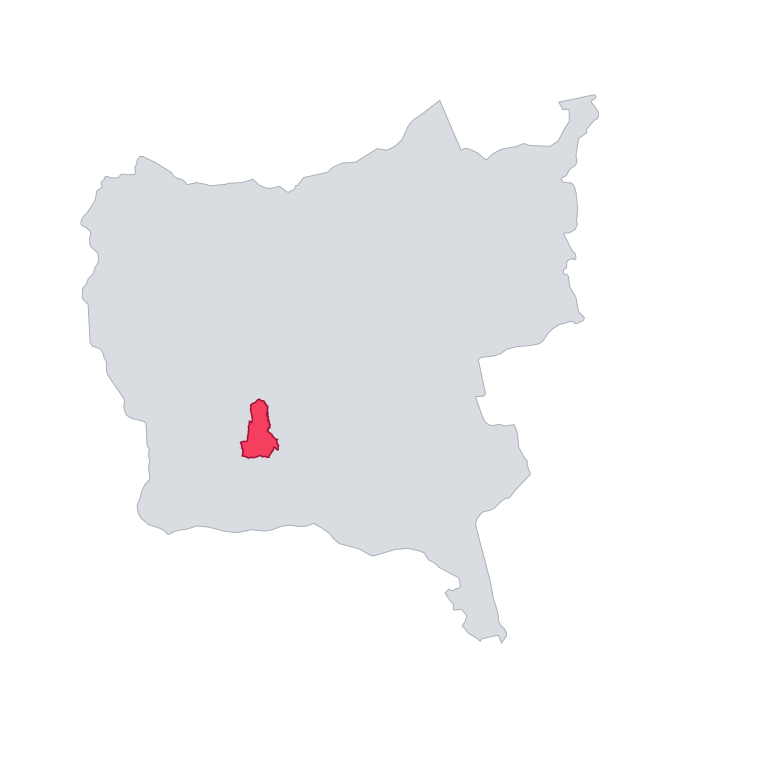 Befale, Équateur, Democratic Republic of the Congo (highlighted), rotated 256°
{"feature_id": "63176286B4133354906354", "entity_name": "Befale", "entity_type": "district", "adm_level": 2, "iso_a3": "COD", "parent_name": "Democratic Republic of the Congo", "parent_adm1": "Équateur", "projection": "orthographic", "projection_center": [21.248, 0.596], "detail": "fine", "context": "in_parent", "style": "filled", "palette": "rose", "viewbox_px": 768, "rotation_deg": 256, "n_neighbors": 0, "source": "geoboundaries", "source_scale": "gbopen_adm2", "svg_char_len": 8801}
<svg xmlns="http://www.w3.org/2000/svg" viewBox="0 0 768 768"><g transform="rotate(256 384 384)"><path d="M645.8,506.7L592.0,515.3L593.0,518.4L592.4,521.6L591.0,524.1L585.4,530.8L577.2,536.9L577.1,538.4L581.0,545.2L583.4,554.6L582.4,571.0L583.4,575.4L583.1,578.9L580.3,582.8L574.4,602.5L577.8,612.0L588.1,620.9L594.0,627.4L604.3,629.8L606.0,629.4L606.8,623.9L615.1,621.8L613.9,656.8L613.3,658.7L611.7,659.2L609.8,658.0L609.3,654.7L607.2,653.3L597.0,657.6L594.4,657.5L591.7,656.8L589.7,655.0L589.2,652.3L582.4,642.2L578.9,641.5L575.2,632.3L559.5,625.6L553.4,625.1L550.2,623.1L547.2,615.8L542.0,611.2L540.9,606.0L539.9,605.3L536.6,606.4L533.6,614.5L530.0,616.4L523.4,616.7L507.0,614.3L495.4,610.1L492.3,610.4L487.6,606.6L485.8,600.3L486.9,595.4L486.1,594.7L468.1,598.8L463.7,601.3L459.6,600.7L458.4,599.3L460.2,596.0L459.4,592.4L458.1,590.7L452.8,589.4L451.1,585.5L447.9,584.9L446.8,585.5L445.9,588.1L444.0,589.0L433.3,587.7L422.0,591.2L407.1,590.2L399.9,594.4L398.9,594.2L397.3,592.2L396.0,585.5L396.7,583.7L399.0,582.4L399.7,579.7L399.0,572.8L399.6,571.1L398.8,567.1L396.6,560.8L393.5,555.6L386.7,547.8L385.5,544.2L385.9,535.4L388.2,521.6L387.9,511.3L385.2,504.6L384.6,497.4L386.4,484.4L384.6,481.3L350.2,480.2L348.8,479.2L348.1,477.4L349.7,469.7L328.7,471.6L322.4,473.1L318.5,476.3L317.2,480.2L317.2,485.9L314.0,491.2L313.1,500.3L307.4,501.4L301.6,501.3L290.4,499.4L279.5,502.0L274.2,504.4L271.4,503.3L261.7,504.2L260.4,503.5L249.1,485.5L244.1,479.5L243.1,476.6L243.5,473.8L242.1,470.1L236.8,460.8L235.8,456.5L236.0,449.7L235.4,447.5L230.6,441.7L227.5,439.7L224.1,438.7L168.0,439.4L149.5,438.3L136.1,439.1L129.2,438.6L127.3,437.7L121.2,438.9L118.0,441.4L113.2,442.6L110.2,442.1L104.3,435.4L112.2,434.2L112.7,433.6L113.1,417.5L111.0,415.2L115.1,412.5L121.8,405.4L128.5,402.9L129.3,401.4L130.8,401.5L133.2,404.5L139.0,408.4L146.1,405.0L146.8,404.0L147.7,397.1L149.4,396.5L152.5,398.0L154.2,398.0L157.3,396.0L166.4,392.6L169.1,397.0L166.6,401.0L167.8,403.8L168.0,408.2L169.5,409.2L176.8,409.7L178.8,408.7L193.0,392.8L196.7,391.0L202.7,384.7L210.7,381.9L214.1,376.9L218.6,368.0L220.7,355.2L219.8,333.0L220.5,330.1L230.0,320.1L240.0,301.9L246.7,297.2L251.7,295.3L259.5,288.6L265.7,282.0L264.9,273.9L266.3,267.3L269.7,258.8L270.8,249.9L269.6,240.4L270.1,232.7L274.7,220.4L275.2,206.2L279.3,194.4L287.6,179.3L291.5,168.1L290.8,157.0L291.9,148.9L291.5,144.1L290.0,140.0L290.8,137.3L293.9,136.3L297.8,132.1L304.8,121.3L312.3,116.0L317.5,114.3L323.0,114.5L326.5,115.4L332.3,119.7L338.9,123.1L343.8,127.3L348.6,133.9L360.4,135.4L365.4,137.8L368.4,138.7L369.6,138.0L372.0,138.4L377.5,140.4L381.9,139.3L403.6,143.6L406.1,141.4L412.1,130.1L416.6,126.2L424.0,125.8L429.8,128.0L432.9,128.0L459.4,118.2L462.8,117.8L472.5,120.1L478.8,118.5L481.3,119.0L486.7,117.3L491.1,110.5L494.8,108.8L532.9,116.2L538.6,112.6L541.4,112.2L549.9,114.8L552.5,118.9L557.6,122.5L561.3,128.4L566.9,131.8L569.8,134.9L573.2,137.1L580.1,137.9L588.8,132.5L595.0,133.0L601.2,136.0L603.3,135.8L608.0,132.7L610.4,129.3L612.8,128.6L616.5,130.1L619.5,133.2L622.2,137.7L631.8,147.9L640.9,152.2L643.3,158.4L646.6,157.8L648.2,158.4L650.7,162.4L652.3,163.2L652.7,164.8L650.4,168.5L648.3,175.6L651.2,180.0L648.9,186.4L647.7,192.9L650.7,194.6L654.5,194.5L658.0,197.9L660.8,198.4L663.7,202.1L663.1,205.1L654.1,215.8L640.6,228.9L636.0,230.5L633.7,232.9L632.0,236.8L628.1,240.0L625.0,241.3L624.8,250.8L620.2,260.7L618.5,262.7L616.0,278.6L616.4,281.4L613.9,294.5L614.3,306.6L607.7,310.4L603.1,316.4L601.1,320.6L601.1,330.5L593.6,336.5L593.1,337.9L594.9,344.8L597.6,346.0L597.7,348.3L603.7,355.8L603.1,378.8L603.4,381.1L606.5,386.5L608.5,396.9L606.1,410.2L614.0,434.4L610.2,443.3L611.8,451.7L616.6,460.6L627.9,469.4L630.9,472.9L633.7,477.8L636.3,485.3L645.8,506.7Z" fill="#d9dde1" stroke="#a8b0b8" stroke-width="1"/><path d="M340.8,254.7L342.1,255.1L342.5,255.5L342.7,256.0L342.8,256.2L343.1,256.4L343.2,256.6L343.3,256.7L343.7,257.0L343.9,257.1L344.8,258.4L345.3,258.6L345.9,259.8L346.7,260.6L347.4,261.0L347.8,261.2L348.3,261.2L348.7,261.5L349.0,261.6L349.1,261.9L349.1,262.2L348.9,262.6L348.8,262.8L348.0,263.2L346.1,264.4L345.8,264.7L345.8,264.9L345.8,265.2L345.8,265.3L346.0,265.6L347.7,265.7L348.7,265.8L348.8,265.9L349.4,266.7L350.5,266.7L351.2,266.5L352.4,266.0L352.6,266.0L352.9,266.2L353.3,266.0L353.7,266.0L354.5,266.1L355.3,266.5L355.7,266.7L356.0,267.1L356.1,266.9L356.3,266.8L356.4,266.5L356.3,266.2L356.2,266.1L356.0,265.8L356.1,265.6L358.1,264.6L359.0,264.1L359.4,264.1L359.7,264.0L360.1,263.4L360.3,263.2L360.5,263.2L360.8,263.1L361.0,263.0L361.3,263.0L362.1,263.1L364.8,261.0L365.5,260.1L365.8,260.0L366.2,259.8L366.4,259.5L366.6,259.5L366.7,259.8L366.8,260.1L367.2,260.4L367.7,260.4L368.0,260.1L368.2,260.3L368.1,260.5L368.3,260.5L368.5,260.5L368.5,260.8L368.3,260.9L368.3,261.0L368.7,261.2L368.8,261.4L369.2,261.4L369.1,261.7L369.4,261.9L369.5,262.1L369.2,262.6L369.4,262.8L369.5,262.8L369.7,262.6L369.9,262.6L370.2,262.8L370.4,262.8L370.3,263.0L370.5,263.1L371.1,263.1L371.3,263.2L371.6,263.2L371.6,263.3L372.0,263.3L372.2,263.1L372.3,263.1L372.4,263.4L372.5,263.6L372.8,263.3L373.0,263.4L373.3,263.3L373.4,263.2L373.8,263.2L374.0,263.2L374.1,263.3L374.6,263.4L374.9,263.2L375.2,263.4L375.3,263.3L375.7,263.4L375.9,263.3L376.1,263.3L376.1,263.1L375.9,262.9L376.0,262.7L376.5,263.1L376.8,263.2L376.9,262.9L377.0,262.7L377.1,262.8L377.1,263.0L377.4,262.9L377.4,263.0L377.5,263.1L377.3,263.3L377.5,263.2L377.8,263.3L377.9,263.6L378.3,263.4L378.8,263.3L378.9,263.2L379.0,263.0L379.3,263.1L379.5,263.0L379.8,263.0L380.0,263.2L380.0,262.9L380.3,262.9L380.5,262.8L380.5,263.2L380.8,263.3L381.3,263.1L381.4,263.3L381.3,263.6L381.7,263.4L381.9,263.4L382.0,263.3L382.3,263.3L382.5,263.0L382.8,263.3L383.0,263.0L383.1,263.4L383.1,263.5L383.3,263.3L383.5,263.5L383.6,263.3L383.8,263.4L383.9,263.8L383.9,264.0L384.0,264.1L384.2,263.7L384.4,263.7L384.6,263.2L384.9,263.2L384.7,263.3L384.5,263.9L384.5,264.1L384.4,264.2L384.6,264.2L384.9,264.5L385.1,264.4L385.4,264.3L385.5,264.2L385.8,264.3L385.8,264.1L386.2,264.2L386.4,264.4L386.6,264.3L386.8,264.4L387.0,264.5L387.4,264.8L387.8,264.8L387.9,265.0L388.6,265.2L388.6,265.3L388.8,265.4L388.9,265.5L389.1,265.5L389.4,265.5L389.7,265.6L390.1,265.6L390.4,265.6L390.5,265.5L390.7,265.4L390.8,265.5L390.9,265.2L391.1,265.1L391.4,264.9L391.6,265.0L391.8,264.8L392.1,264.7L392.4,264.6L392.5,264.7L392.8,264.5L392.9,264.2L393.3,264.1L393.5,264.0L393.6,263.9L393.8,263.9L394.0,264.1L394.3,264.1L394.6,263.9L394.9,263.8L395.0,263.8L395.0,263.6L395.3,263.7L395.5,263.5L395.9,263.3L396.5,263.4L396.8,262.8L396.9,262.4L397.1,262.2L397.3,261.6L397.5,260.6L397.7,260.4L398.3,260.3L399.2,259.8L399.4,258.3L399.2,257.4L397.9,255.7L397.4,254.9L397.3,254.7L396.8,251.5L396.7,251.2L396.2,250.4L396.0,249.7L395.0,249.3L394.6,249.2L394.2,249.2L393.8,249.4L393.4,249.3L392.7,249.1L392.2,248.7L391.9,248.3L390.4,248.3L390.1,248.3L389.7,248.3L389.4,248.3L388.9,248.2L388.6,248.2L388.4,248.1L387.8,248.2L387.1,248.0L386.6,248.2L386.2,248.2L385.9,248.1L385.4,248.2L385.2,248.0L384.9,248.1L384.6,248.1L384.1,248.0L383.7,248.2L383.0,247.7L382.1,247.9L381.6,247.8L379.1,246.7L378.8,246.6L378.5,246.5L378.3,246.3L378.5,246.1L379.4,245.6L379.6,245.3L380.1,245.1L380.3,244.8L380.4,244.3L379.6,244.3L378.8,243.8L378.5,243.7L377.3,243.7L376.8,243.2L376.5,242.9L375.8,242.3L375.2,242.0L374.9,242.0L373.8,242.1L373.6,242.0L373.2,241.6L371.8,241.6L370.5,240.7L369.9,240.6L368.5,240.4L367.9,239.8L366.8,239.5L366.4,239.3L365.5,238.6L365.0,238.9L363.0,238.0L362.3,237.7L361.8,237.3L361.6,236.8L361.6,236.2L361.7,235.7L361.9,235.2L362.3,234.4L362.1,233.9L362.3,233.2L362.1,230.9L361.8,230.6L361.7,230.5L361.3,230.8L361.2,230.8L360.9,230.8L360.7,230.9L360.4,230.9L360.2,231.1L359.8,231.1L359.7,231.0L359.4,230.9L359.0,231.2L358.9,231.1L358.6,230.9L358.5,231.0L358.4,231.0L358.3,230.9L358.1,230.8L357.8,230.9L357.3,230.7L357.0,230.9L356.9,230.9L356.6,230.9L356.5,231.0L356.4,231.1L356.2,231.1L355.9,231.1L355.9,230.9L355.8,231.0L355.5,230.9L355.3,231.2L355.2,231.2L354.8,231.2L354.6,231.0L354.3,230.8L354.1,230.8L353.8,230.8L353.6,230.9L353.3,230.9L353.2,231.1L353.0,230.9L352.6,230.9L352.2,230.8L351.8,230.5L351.6,230.6L351.4,230.4L351.2,230.2L350.8,230.0L350.6,230.2L350.4,230.0L350.2,230.1L349.9,230.0L349.8,229.9L349.5,229.8L349.4,229.6L349.2,229.6L349.1,229.4L348.6,229.4L348.5,229.2L347.0,232.0L346.5,233.0L346.1,233.2L346.0,233.5L345.6,233.9L345.3,234.0L345.0,234.4L344.9,235.0L344.8,235.8L344.9,237.2L345.1,237.4L345.0,237.9L344.9,238.0L344.7,238.3L344.3,238.8L344.1,239.4L344.0,239.9L343.9,240.4L344.1,241.1L344.1,243.0L344.2,244.1L344.5,244.8L344.5,245.0L344.8,245.9L344.7,246.1L342.7,248.8L342.6,249.0L342.6,249.4L342.8,249.9L342.7,250.6L342.5,251.0L342.2,251.2L342.1,251.4L341.9,252.1L341.6,252.7L341.3,252.8L341.0,253.1L341.0,253.4L340.9,253.7L341.0,254.0L340.8,254.7Z" fill="#f43f5e" stroke="#9f1239" stroke-width="1.5"/></g></svg>